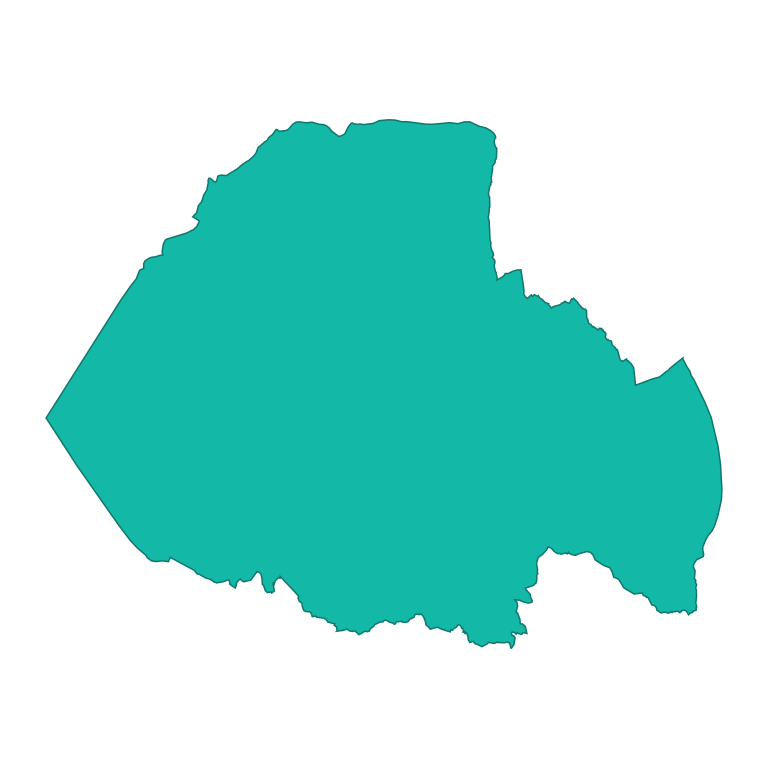 Musanze, Northern, Rwanda
{"feature_id": "39286606B17052688720067", "entity_name": "Musanze", "entity_type": "district", "adm_level": 2, "iso_a3": "RWA", "parent_name": "Rwanda", "parent_adm1": "Northern", "projection": "natural_earth1", "projection_center": [29.637, -1.492], "detail": "fine", "context": "isolated", "style": "filled", "palette": "teal", "viewbox_px": 768, "rotation_deg": 0, "n_neighbors": 0, "source": "geoboundaries", "source_scale": "gbopen_adm2", "svg_char_len": 6130}
<svg xmlns="http://www.w3.org/2000/svg" viewBox="0 0 768 768"><path d="M450.3,631.9L450.7,629.9L452.6,630.3L453.6,628.8L456.7,626.9L457.4,625.3L459.4,624.8L460.9,626.2L461.8,628.4L462.6,628.2L463.5,630.4L463.0,632.0L464.7,631.6L464.4,632.8L465.1,633.6L466.1,632.7L467.1,633.6L467.2,635.0L467.8,635.2L468.3,639.8L469.9,642.6L473.1,641.4L475.4,644.1L476.4,643.9L481.9,646.7L487.3,643.8L488.7,642.4L494.1,643.5L497.2,642.0L497.7,642.5L504.3,642.8L507.0,642.2L509.5,642.9L511.0,648.2L511.6,648.0L513.9,644.7L515.1,637.8L513.9,635.9L511.7,635.1L511.6,632.4L512.6,632.0L514.5,632.5L516.1,634.2L517.2,632.6L518.1,633.4L521.1,634.3L521.9,634.2L522.9,632.5L526.9,633.5L525.3,626.4L522.5,624.0L520.2,623.6L520.0,619.7L517.6,613.0L516.1,612.1L517.6,606.2L517.5,604.5L516.7,601.9L514.8,599.8L519.4,600.2L523.2,601.9L528.3,603.1L531.9,602.3L532.3,600.6L530.6,597.3L530.3,594.5L526.1,589.7L525.2,588.1L532.8,585.7L536.2,582.8L536.9,578.6L536.6,575.2L537.9,573.7L537.2,572.1L537.6,569.7L536.5,563.5L538.0,558.2L538.5,557.2L542.2,554.7L546.7,549.8L548.1,546.9L551.5,548.3L554.5,551.7L557.8,553.7L559.7,553.5L561.0,554.2L565.4,553.1L567.2,553.9L568.5,552.3L568.9,553.3L572.3,554.8L575.7,555.3L578.5,553.9L586.6,551.6L590.5,552.3L593.2,555.3L595.3,560.0L603.6,565.4L609.9,567.8L612.1,571.8L613.8,577.3L617.1,578.4L619.0,579.8L623.9,587.9L634.1,594.0L642.2,593.0L643.5,595.6L645.6,596.2L646.5,597.3L647.4,597.1L648.3,598.0L651.7,604.8L655.1,606.0L656.4,608.0L656.8,610.1L661.1,613.0L664.7,612.1L668.3,613.1L670.0,612.6L670.9,611.5L672.2,612.6L673.3,611.6L675.3,611.8L676.3,611.2L678.5,611.4L679.2,612.6L680.0,612.5L681.2,611.7L681.4,610.7L684.9,610.2L686.5,611.3L688.6,614.8L690.5,612.8L692.3,612.6L693.5,611.1L696.3,610.1L696.1,607.6L696.8,607.0L695.8,603.1L696.5,596.6L696.4,590.7L695.7,587.8L696.6,584.5L695.5,582.6L695.8,580.2L694.4,578.7L695.1,570.9L693.3,566.6L694.1,563.7L696.4,559.9L703.3,556.5L703.7,554.1L702.8,550.3L702.8,547.0L705.5,540.2L708.4,535.2L712.0,530.9L714.4,526.2L717.6,516.7L721.4,499.9L721.9,489.7L720.5,464.1L718.0,446.1L711.1,417.2L704.4,401.2L694.2,380.3L691.1,375.2L689.8,371.1L686.9,366.7L682.9,359.0L683.0,357.9L672.7,366.0L669.4,368.9L669.0,370.0L666.3,371.5L659.7,376.9L652.0,379.1L635.6,385.2L633.6,367.5L631.3,364.0L628.3,360.9L627.5,360.9L626.5,359.0L622.4,361.4L620.1,359.7L617.4,349.8L616.6,349.6L614.9,347.3L612.3,345.2L611.4,341.1L608.2,340.2L608.0,339.5L607.1,339.7L606.0,338.6L605.2,336.5L605.9,334.8L605.8,333.2L604.7,331.9L603.4,331.5L603.1,330.1L601.8,330.0L601.8,328.5L599.1,328.3L598.8,329.4L598.1,329.9L593.5,326.6L592.4,326.9L591.4,324.9L588.6,323.2L587.7,319.1L586.8,318.2L586.5,310.7L585.4,309.2L584.0,309.0L581.7,307.5L578.9,304.4L577.6,302.2L573.5,298.2L572.6,299.5L571.5,299.0L569.5,303.2L565.9,302.2L565.6,301.4L564.9,301.4L563.9,301.9L563.7,302.6L561.5,303.2L560.5,304.6L553.8,306.4L551.2,308.0L548.3,304.1L548.6,303.7L545.2,302.6L542.2,299.4L540.0,298.4L538.3,295.6L537.4,296.2L534.3,294.6L532.6,296.5L531.3,294.9L527.4,298.4L525.6,297.0L523.7,294.0L524.0,291.1L523.3,284.9L520.9,269.8L517.2,270.0L513.2,271.1L508.3,273.5L505.2,273.5L504.3,275.3L502.5,276.9L496.9,280.0L497.1,277.6L496.1,272.5L495.3,271.0L494.2,265.9L494.9,262.6L494.7,260.3L492.2,257.2L493.6,255.2L492.7,251.6L491.5,249.9L490.6,245.2L491.0,243.4L490.0,239.6L489.2,221.1L488.2,217.7L489.1,211.8L489.2,207.6L489.8,207.1L489.6,197.1L488.7,195.9L488.5,192.6L489.9,186.0L490.9,184.8L490.4,183.4L491.7,182.4L491.2,177.7L492.5,170.3L492.6,166.1L495.1,162.6L495.1,160.8L496.4,158.1L496.8,148.6L495.1,146.0L494.2,142.3L494.6,139.0L495.8,137.8L495.2,135.6L493.8,133.3L490.7,130.6L485.8,127.9L479.6,126.4L469.9,121.9L464.3,121.9L458.0,123.7L450.2,122.7L431.9,124.3L426.4,124.2L407.0,121.7L401.6,121.7L395.3,120.1L388.7,119.8L379.4,120.6L373.1,123.4L363.8,124.6L359.9,124.0L356.2,124.4L352.1,123.0L350.9,123.5L348.1,127.2L344.7,134.1L339.7,136.4L338.4,136.2L331.8,131.2L329.3,128.0L326.2,125.6L323.4,124.6L319.6,124.4L312.0,122.2L306.5,122.8L298.5,121.8L295.7,122.3L292.4,124.6L288.6,129.1L286.1,130.5L279.5,131.3L277.2,129.7L276.0,129.6L272.8,134.2L268.4,137.9L267.2,140.5L264.5,142.1L258.2,147.5L255.9,153.2L254.1,155.7L249.1,160.2L243.1,163.9L236.8,169.2L226.1,175.6L220.9,175.1L217.8,176.1L216.8,180.5L215.9,181.8L214.6,182.0L210.3,178.3L208.9,178.3L208.0,180.8L208.3,182.4L206.8,189.9L203.8,195.0L201.5,202.0L198.5,205.4L196.6,212.8L192.7,216.8L199.5,221.0L196.8,226.5L193.9,229.3L186.7,233.0L166.2,239.3L165.1,240.5L163.3,244.3L162.1,252.0L162.8,255.2L160.4,255.2L154.8,257.0L152.2,257.1L148.4,258.6L145.0,260.9L143.7,263.6L143.7,268.6L140.2,269.8L139.4,270.8L136.2,279.0L130.0,286.9L120.7,300.3L46.1,418.0L77.2,466.0L118.7,525.2L131.0,541.3L137.4,548.0L146.2,555.6L147.1,557.6L151.5,560.9L156.3,561.6L162.1,560.8L168.4,561.7L170.3,557.4L194.4,570.4L196.9,573.7L199.3,574.3L205.3,577.8L210.4,579.4L213.6,581.7L216.8,582.9L224.3,581.5L228.0,579.7L229.4,580.9L229.9,583.0L229.6,583.7L230.2,584.6L235.3,588.0L236.6,584.3L236.2,583.1L239.3,579.7L240.1,579.2L243.5,581.8L250.7,580.2L257.2,571.4L258.3,572.3L259.2,572.2L261.0,574.2L261.9,578.0L262.4,584.5L263.7,585.7L265.3,590.7L267.3,592.5L271.2,592.0L271.7,593.0L274.4,591.0L273.0,583.6L273.4,582.8L274.2,584.1L275.3,580.7L278.3,577.9L280.1,578.2L280.2,576.4L298.7,596.1L298.0,598.2L298.3,599.0L299.5,601.6L301.4,602.6L302.1,603.8L302.2,606.1L303.6,610.2L305.4,611.4L310.4,612.0L312.1,615.5L312.0,616.2L312.7,616.7L315.5,616.0L316.6,617.2L324.0,618.2L326.0,619.4L327.9,622.1L334.9,623.9L334.2,625.3L336.5,626.9L336.9,629.7L337.5,630.5L336.8,631.2L343.5,630.3L347.1,629.1L350.1,631.1L352.9,631.4L354.9,630.8L359.0,634.7L364.8,631.3L367.4,631.7L369.2,631.2L370.4,628.8L373.7,626.3L374.5,624.7L380.1,622.1L383.1,621.8L384.3,620.4L386.1,620.1L389.6,622.2L392.9,623.1L394.2,624.3L395.5,623.7L395.5,622.8L397.1,621.4L397.8,621.8L401.0,621.4L402.7,622.2L406.6,622.2L408.1,621.6L410.0,619.1L412.0,618.3L412.3,617.5L413.2,617.7L414.3,616.9L414.5,615.6L415.4,614.3L417.4,614.1L419.5,614.7L420.1,613.8L422.0,614.8L423.5,616.7L425.8,622.7L426.0,625.0L428.2,626.6L430.2,629.2L437.2,627.2L442.8,629.7L444.2,629.5L444.9,630.3L450.3,631.9Z" fill="#14b8a6" stroke="#0f766e" stroke-width="1.5"/></svg>